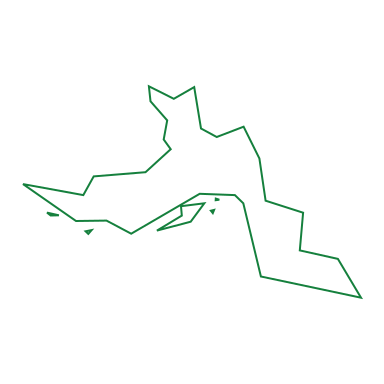 the border of Hormozgan
{"feature_id": "IRN-3228", "entity_name": "Hormozgan", "entity_type": "Province", "adm_level": 1, "iso_a3": "IRN", "parent_name": "Iran", "parent_adm1": "", "projection": "robinson", "projection_center": [56.023, 27.172], "detail": "coarse", "context": "isolated", "style": "outline", "palette": "green", "viewbox_px": 384, "rotation_deg": 0, "n_neighbors": 0, "source": "natural_earth", "source_scale": "10m", "svg_char_len": 717}
<svg xmlns="http://www.w3.org/2000/svg" viewBox="0 0 384 384"><path d="M361.0,297.7L260.9,276.5L243.3,203.3L234.9,195.1L199.7,193.8L131.2,233.7L106.5,220.6L76.0,221.0L23.0,184.1L83.3,195.1L93.7,176.4L145.5,172.2L170.7,149.2L163.7,139.5L167.2,120.4L150.5,101.3L148.9,86.3L173.8,98.8L194.2,87.1L201.0,128.5L216.7,137.0L243.6,126.7L259.4,158.5L265.6,200.7L303.1,212.7L299.8,250.4L337.9,258.9L361.0,297.7ZM204.3,203.3L190.7,221.7L156.9,230.6L181.8,215.6L181.0,206.2L204.3,203.3ZM91.6,230.1L88.3,233.9L85.6,231.3L91.6,230.1ZM58.9,215.3L50.7,215.5L47.0,212.6L58.9,215.3ZM212.8,213.1L210.9,210.7L214.1,209.9L212.8,213.1ZM215.8,198.6L219.3,199.7L215.7,200.2L215.8,198.6Z" fill="none" stroke="#15803d" stroke-width="2"/></svg>